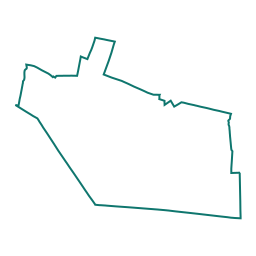 the district of Tan Thanh, Long An, Vietnam
{"feature_id": "81297802B33329086183777", "entity_name": "Tan Thanh", "entity_type": "district", "adm_level": 2, "iso_a3": "VNM", "parent_name": "Vietnam", "parent_adm1": "Long An", "projection": "robinson", "projection_center": [105.96, 10.628], "detail": "fine", "context": "isolated", "style": "outline", "palette": "teal", "viewbox_px": 256, "rotation_deg": 0, "n_neighbors": 0, "source": "geoboundaries", "source_scale": "gbopen_adm2", "svg_char_len": 2472}
<svg xmlns="http://www.w3.org/2000/svg" viewBox="0 0 256 256"><path d="M164.2,210.1L164.3,210.1L168.3,210.5L175.7,211.4L183.1,212.2L190.5,213.0L198.5,213.9L220.1,216.4L227.5,217.2L231.0,217.7L232.6,217.8L234.9,218.0L240.6,218.3L240.6,217.0L240.4,210.0L240.3,201.6L239.7,172.8L240.0,172.7L231.3,173.0L231.3,168.7L231.5,165.5L231.8,161.2L232.4,151.2L231.9,150.5L231.4,149.8L231.2,148.4L230.9,145.3L230.6,142.0L230.5,141.1L230.2,137.8L230.1,137.0L229.9,134.1L229.8,133.1L229.7,131.4L229.4,128.2L229.4,127.2L229.3,126.9L229.2,126.2L229.1,125.9L229.0,125.5L228.8,125.2L228.6,124.8L228.6,124.4L228.6,123.9L228.6,123.7L228.7,123.1L228.8,122.8L228.8,122.6L228.8,122.3L228.5,121.7L228.4,121.2L228.3,120.8L228.4,120.7L228.6,120.3L228.7,120.1L229.3,119.6L229.8,119.1L229.9,118.8L230.1,118.2L230.1,117.5L230.2,116.3L230.3,115.8L230.6,115.0L231.0,113.8L228.1,113.1L221.7,111.6L219.4,111.0L213.7,109.8L209.1,108.6L206.6,108.0L200.5,106.7L196.5,105.7L196.3,105.7L194.0,105.1L188.3,103.9L183.8,102.7L181.4,102.3L178.0,104.4L174.2,106.6L170.7,100.7L164.6,104.9L164.5,102.4L164.5,100.8L159.3,99.1L159.4,98.3L159.4,97.0L159.4,95.9L159.5,95.3L159.5,95.0L159.6,94.8L153.4,94.7L147.6,92.7L144.7,91.3L140.5,89.4L134.0,86.6L131.3,85.3L129.0,84.2L127.5,83.5L124.1,82.0L121.7,80.9L111.7,77.6L103.7,74.5L108.7,60.9L111.4,52.8L113.8,44.5L114.8,41.6L113.4,41.3L106.4,39.9L104.2,39.4L99.8,38.6L97.4,38.1L95.2,37.7L94.8,39.4L94.5,40.7L92.3,47.1L91.2,50.0L89.9,52.8L87.4,59.1L86.1,58.6L83.2,57.5L80.8,56.5L80.4,58.9L79.4,64.1L78.2,70.4L77.8,72.4L77.1,75.8L72.4,75.7L70.4,75.7L59.1,75.8L56.4,75.9L55.2,77.6L53.4,76.5L52.8,77.1L50.6,75.2L48.4,73.6L41.9,70.3L37.2,67.6L34.1,66.1L30.7,65.3L26.3,64.6L26.7,66.9L26.8,67.9L26.7,68.3L26.5,68.7L25.4,69.5L24.9,70.1L24.7,70.4L24.6,71.1L24.4,72.1L24.4,74.2L24.5,76.7L24.5,77.8L24.3,78.9L24.2,79.6L23.8,80.3L23.1,81.1L23.0,81.3L22.9,82.7L22.9,83.1L22.6,84.2L22.4,85.5L22.2,86.5L21.5,90.3L21.2,91.8L20.6,95.0L20.4,96.0L19.7,99.0L18.9,103.6L18.5,105.6L16.1,105.1L15.4,105.0L19.9,107.8L25.8,111.5L30.9,114.6L32.9,115.9L37.4,118.4L38.9,120.7L39.2,121.3L39.4,121.6L41.7,125.1L43.2,127.6L47.0,133.2L50.9,139.2L54.5,144.7L54.6,144.9L58.3,150.7L66.0,162.0L66.6,162.8L69.8,167.6L73.7,173.2L77.5,178.8L81.3,184.4L85.1,190.1L86.7,192.4L88.9,195.7L92.9,201.2L95.1,204.4L95.2,204.7L96.7,204.9L99.9,205.2L100.7,205.2L105.3,205.5L107.4,205.7L115.0,206.3L119.1,206.6L126.3,207.1L130.3,207.4L157.4,209.5L160.8,209.8L164.2,210.1Z" fill="none" stroke="#0f766e" stroke-width="2"/></svg>